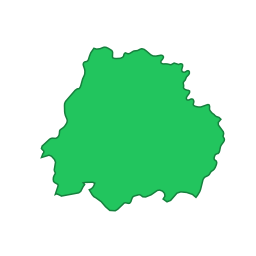 outline of Dordogne, rotated 343°
{"feature_id": "FRA-5286", "entity_name": "Dordogne", "entity_type": "Metropolitan department", "adm_level": 1, "iso_a3": "FRA", "parent_name": "France", "parent_adm1": "", "projection": "robinson", "projection_center": [0.813, 45.142], "detail": "fine", "context": "isolated", "style": "filled", "palette": "green", "viewbox_px": 256, "rotation_deg": 343, "n_neighbors": 0, "source": "natural_earth", "source_scale": "10m", "svg_char_len": 3470}
<svg xmlns="http://www.w3.org/2000/svg" viewBox="0 0 256 256"><g transform="rotate(343 128 128)"><path d="M39.0,170.3L44.3,162.8L44.4,161.4L41.9,158.7L41.2,157.3L41.5,155.2L42.3,153.3L43.5,151.8L44.8,150.6L45.4,149.7L45.1,147.5L45.3,146.3L48.7,139.5L48.5,136.7L46.6,132.6L44.5,130.9L36.6,130.9L39.1,127.7L40.0,127.1L40.6,126.2L40.7,125.3L39.9,123.9L39.4,122.8L39.2,122.3L40.7,120.1L40.8,120.1L49.7,115.8L50.9,115.5L52.0,115.5L53.0,115.7L55.0,116.5L56.0,116.8L57.1,116.6L58.2,116.2L59.4,115.3L60.3,114.2L61.4,111.7L61.6,111.0L62.0,110.5L62.7,109.9L66.0,108.8L67.7,108.0L69.9,106.2L71.3,104.8L72.1,103.0L72.2,101.8L71.8,97.7L71.9,95.7L72.2,93.8L73.8,88.0L74.5,86.2L75.2,85.3L76.1,84.3L88.5,76.5L91.0,75.7L92.1,76.0L92.8,76.0L94.0,75.2L95.3,73.6L98.9,67.9L101.9,64.5L102.6,63.3L103.4,61.1L103.6,59.8L103.7,58.5L103.6,55.2L103.7,54.2L104.2,53.2L104.9,52.5L106.3,52.1L107.5,52.3L108.8,52.1L110.0,51.2L112.4,47.7L114.4,45.2L118.7,41.8L121.0,43.4L124.4,44.0L128.2,43.7L129.4,43.9L130.7,44.5L132.5,46.1L135.1,49.1L135.4,50.2L135.4,51.2L134.0,55.3L133.9,56.3L135.0,57.3L136.9,58.1L141.0,59.1L143.1,58.9L144.5,58.3L145.8,56.3L146.6,55.6L147.5,55.4L148.8,56.4L149.8,57.1L151.5,57.2L155.2,56.2L156.3,56.1L159.6,56.7L160.5,56.6L162.7,56.2L164.2,56.2L165.2,56.7L166.5,57.6L168.1,59.8L171.0,64.4L171.9,65.4L173.2,66.5L175.7,67.4L180.8,68.0L181.8,68.5L182.5,69.3L182.7,70.5L182.0,71.5L181.0,72.4L179.3,73.5L179.1,73.8L178.7,74.3L178.6,75.2L179.1,76.1L180.3,77.0L182.9,77.7L184.6,78.4L187.5,80.1L191.1,79.4L194.3,81.6L195.0,82.1L196.4,81.9L197.3,82.0L198.3,82.6L198.7,83.6L198.3,84.9L197.6,86.0L196.9,87.1L196.3,88.1L196.2,89.1L196.5,90.1L197.6,91.0L198.7,91.2L199.8,91.0L201.0,90.6L202.1,90.7L202.8,91.2L203.1,92.2L202.7,93.6L201.8,94.6L198.7,96.4L196.8,98.8L195.0,99.9L194.2,100.7L193.9,101.6L193.7,103.5L193.4,104.4L192.9,105.4L192.9,106.4L193.5,107.5L195.2,108.9L196.8,109.7L197.7,110.6L197.4,111.8L196.6,112.8L193.4,115.2L192.8,116.0L192.4,116.9L192.4,117.8L192.8,118.5L194.2,119.0L196.6,118.7L197.6,118.9L198.5,119.6L198.8,120.9L198.7,122.0L198.2,123.0L197.6,123.9L197.2,124.8L197.5,125.8L198.6,126.9L201.0,128.3L202.6,128.9L204.0,129.2L210.9,128.9L211.8,129.2L212.4,129.8L212.3,131.5L211.8,132.7L211.5,133.8L211.4,134.9L211.9,136.3L212.8,138.4L214.2,140.2L215.0,141.9L215.9,142.9L218.1,144.5L219.4,146.8L215.9,149.1L215.3,151.6L218.0,159.4L217.9,161.1L217.3,162.4L216.5,163.5L216.5,164.5L216.9,166.0L216.9,166.9L216.4,168.1L215.6,169.0L212.2,171.6L211.2,172.6L210.3,174.1L208.9,176.7L207.9,178.0L206.7,178.7L205.7,178.6L204.4,178.8L203.2,179.4L201.8,181.4L201.3,182.7L201.5,183.8L202.2,184.6L202.8,185.6L202.7,187.2L201.9,188.7L200.0,191.1L198.6,192.4L197.1,193.2L194.9,193.9L193.9,194.6L192.1,196.2L191.1,196.7L190.0,197.0L187.7,197.3L186.5,197.7L184.7,199.2L179.4,208.0L178.0,209.8L174.9,212.6L172.7,214.2L170.2,210.3L165.3,206.8L159.8,204.5L155.8,204.6L147.6,209.7L143.7,210.0L140.8,206.2L143.4,204.0L143.8,201.2L142.6,198.5L140.1,196.6L137.8,196.3L130.7,198.6L124.7,199.1L122.0,198.1L120.3,195.7L119.1,195.0L114.2,194.9L112.6,195.2L111.2,196.5L109.2,199.3L107.6,200.4L106.4,200.2L103.8,198.8L102.5,198.6L94.4,202.7L91.6,203.4L86.5,201.5L83.5,196.7L80.9,190.7L77.0,185.5L75.2,183.6L74.2,181.2L72.9,175.7L74.9,175.5L76.9,174.6L78.7,173.0L80.1,171.0L79.2,170.4L78.6,169.7L77.9,169.4L71.4,167.6L69.1,167.3L70.0,169.4L68.0,170.9L64.2,174.8L61.9,175.6L44.3,173.6L44.0,173.1L41.8,171.1L41.3,170.8L40.6,170.1L39.0,170.3Z" fill="#22c55e" stroke="#15803d" stroke-width="1.5"/></g></svg>